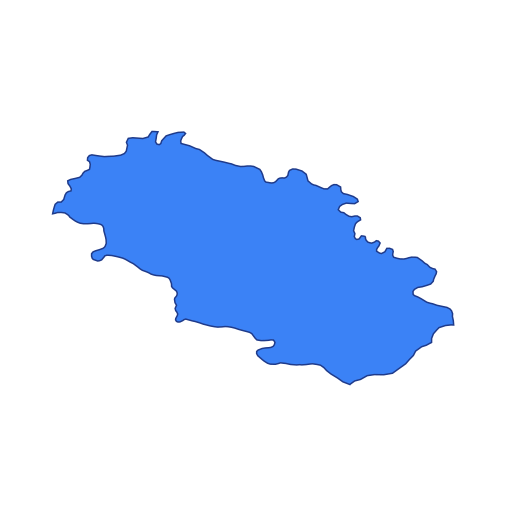 the district of Maladzyechna, Minsk, Belarus, rotated 192°
{"feature_id": "67162791B22380901430791", "entity_name": "Maladzyechna", "entity_type": "district", "adm_level": 2, "iso_a3": "BLR", "parent_name": "Belarus", "parent_adm1": "Minsk", "projection": "equal_earth", "projection_center": [26.93, 54.243], "detail": "fine", "context": "isolated", "style": "filled", "palette": "blue", "viewbox_px": 512, "rotation_deg": 192, "n_neighbors": 0, "source": "geoboundaries", "source_scale": "gbopen_adm2", "svg_char_len": 4992}
<svg xmlns="http://www.w3.org/2000/svg" viewBox="0 0 512 512"><g transform="rotate(192 256 256)"><path d="M48.3,229.6L49.6,233.9L51.3,237.7L51.7,240.4L53.3,243.0L55.2,244.5L58.5,245.4L63.5,245.4L68.7,245.4L73.3,246.0L75.8,246.0L79.3,246.3L83.5,247.8L85.8,248.6L89.3,249.6L92.8,250.2L94.3,251.1L95.1,254.0L94.1,256.3L91.2,258.9L87.0,260.5L82.8,262.8L79.3,264.9L77.4,268.1L77.4,270.2L76.7,273.8L76.1,276.0L76.1,278.2L78.2,280.4L80.5,280.4L83.6,281.1L86.7,283.2L89.4,284.0L92.5,285.8L97.9,288.1L100.0,287.9L103.6,287.2L106.1,286.1L108.2,284.9L110.7,283.8L114.4,283.1L117.5,283.1L121.1,283.4L122.5,285.2L122.7,286.9L122.7,288.9L123.8,290.8L126.9,291.3L129.6,290.7L130.4,288.2L130.8,286.9L133.8,284.5L135.6,284.5L139.0,285.7L139.4,287.6L138.8,289.5L137.9,291.4L137.3,294.5L139.4,296.0L141.5,296.0L142.9,294.3L145.6,292.6L147.1,292.6L149.4,292.8L151.5,294.3L152.5,295.8L152.9,297.2L153.5,297.8L155.4,297.8L157.1,297.6L158.1,295.4L158.9,293.9L161.0,293.1L162.5,293.7L163.9,295.4L163.9,298.4L165.8,301.0L165.8,304.9L165.4,308.1L164.5,309.8L163.3,311.2L161.2,313.1L162.0,315.1L165.2,316.2L167.5,315.7L170.6,314.3L173.3,314.2L176.8,315.4L179.1,316.6L182.2,316.5L185.2,318.4L184.5,321.9L182.2,324.4L178.7,326.5L174.1,327.1L170.4,327.7L167.4,330.5L168.7,332.7L173.1,334.4L179.5,335.2L183.5,335.2L185.8,336.5L186.8,338.4L187.6,341.1L192.0,342.5L194.7,342.0L196.8,340.5L198.3,338.7L199.9,336.5L203.5,335.8L205.8,336.2L212.0,337.5L214.3,337.5L216.8,338.1L220.8,340.3L222.2,343.1L223.9,346.4L228.7,348.7L234.9,349.3L238.3,348.7L241.0,346.7L241.6,344.8L241.6,341.3L242.7,339.4L244.5,338.1L246.5,337.9L248.7,337.2L250.2,336.2L251.1,334.7L252.3,332.8L253.7,331.5L255.7,330.7L257.5,330.5L259.4,330.5L261.5,330.3L263.1,331.2L265.0,334.1L266.3,336.7L268.3,339.6L270.3,341.5L276.8,343.1L280.0,342.9L283.3,342.2L286.2,341.2L289.8,340.3L295.0,340.3L299.2,341.0L301.5,341.0L307.0,341.2L310.0,341.2L315.5,341.2L318.4,341.5L324.6,344.3L327.9,346.2L333.4,348.4L337.3,348.6L343.9,350.0L349.4,350.3L352.7,350.5L353.6,352.9L353.3,355.0L352.7,357.6L351.4,359.1L350.4,361.2L352.3,362.2L357.9,360.7L361.8,358.8L365.7,356.7L368.9,354.8L372.2,349.1L372.5,346.2L373.8,344.8L376.1,344.8L378.0,346.7L378.1,350.3L378.4,353.8L377.7,357.1L380.7,356.7L383.6,356.2L385.2,352.9L386.2,350.0L391.1,347.4L396.3,346.7L401.2,346.0L405.4,344.5L406.4,340.3L404.7,337.7L404.7,334.1L404.7,331.5L406.0,328.9L409.3,326.5L415.8,324.1L421.3,322.7L424.9,321.7L429.1,321.3L433.7,321.0L437.6,320.8L439.9,319.6L441.1,317.2L440.8,314.6L438.5,313.7L437.2,311.3L436.9,308.2L436.9,306.1L439.2,304.4L441.1,303.2L442.4,301.1L443.1,298.8L444.8,296.3L449.1,294.2L453.3,292.3L455.8,290.4L454.9,287.7L452.4,285.5L450.6,283.2L450.5,281.2L453.0,280.0L454.6,278.4L455.4,276.1L455.7,272.8L455.8,271.3L457.8,268.2L461.1,267.5L463.2,264.8L463.5,261.9L463.7,258.7L463.7,255.0L461.5,256.0L459.1,257.3L455.5,258.1L451.9,258.4L449.1,257.4L447.5,256.6L446.3,255.4L442.6,253.7L440.2,252.7L437.8,252.0L434.8,251.5L431.5,251.7L427.6,252.5L424.4,253.4L422.0,254.2L420.3,254.5L417.8,254.7L415.5,254.7L413.5,254.4L411.8,253.2L410.6,251.2L410.0,248.9L408.4,245.8L407.0,243.1L406.0,240.7L405.4,238.3L405.1,237.3L405.6,234.1L406.1,233.0L407.2,231.7L410.5,229.6L413.7,227.9L416.2,226.2L417.3,224.1L416.8,221.6L415.7,219.7L414.5,218.8L409.8,218.2L408.0,218.9L406.2,220.1L405.3,221.8L404.4,223.4L404.0,224.6L402.0,225.8L400.1,226.1L397.1,226.5L391.8,226.5L389.1,226.4L385.8,226.2L383.0,225.6L380.2,224.7L377.8,223.9L374.4,223.0L372.0,221.9L369.4,220.7L366.7,219.3L364.3,218.4L361.4,218.0L358.9,217.6L356.7,217.1L355.0,216.5L352.1,216.2L349.5,216.2L346.5,216.6L343.9,217.0L340.5,216.9L338.1,216.8L336.3,216.1L335.0,214.7L333.8,212.8L332.9,211.3L332.2,208.6L330.9,207.4L328.6,206.2L326.5,205.1L325.6,203.8L325.2,202.6L325.2,201.5L325.4,200.4L326.7,197.9L326.7,196.6L325.5,193.5L323.5,191.3L324.2,187.9L323.1,185.7L322.2,185.2L320.5,183.0L320.6,181.4L321.5,178.2L321.4,176.8L320.2,175.5L318.6,175.2L316.7,175.7L314.2,177.6L313.3,178.7L311.6,179.7L308.2,179.5L304.9,179.3L302.0,179.3L297.1,178.9L293.5,178.4L290.9,178.3L286.4,178.1L282.2,178.2L278.7,178.5L274.6,179.6L271.5,180.6L269.0,181.0L265.5,181.2L261.9,181.1L257.5,180.6L254.1,180.4L249.8,180.2L246.4,180.0L244.0,179.2L239.7,175.4L237.7,174.1L233.5,174.3L230.3,175.0L226.4,176.1L223.8,177.1L221.4,177.4L219.5,175.5L219.6,173.1L220.3,171.3L222.2,169.8L224.2,169.0L227.7,168.0L230.8,166.8L234.4,164.4L235.5,162.8L235.1,160.7L233.5,158.8L228.6,156.1L226.2,154.9L222.4,153.5L219.6,153.2L214.6,154.1L211.9,155.4L209.8,156.6L206.3,156.9L204.6,157.1L199.5,157.1L193.6,157.9L190.7,158.8L188.7,159.0L184.5,160.2L180.6,161.6L178.3,162.3L173.8,162.6L170.2,162.6L166.3,160.9L163.1,158.6L158.2,156.2L150.8,153.6L144.9,151.0L137.4,149.8L137.3,150.1L133.5,154.3L128.1,157.0L122.3,162.1L115.6,164.6L106.4,166.4L98.1,169.7L93.5,174.8L87.2,181.7L84.3,186.9L81.4,191.4L80.1,196.2L75.1,201.7L70.9,204.1L66.3,208.0L67.1,211.9L66.3,216.8L63.8,221.3L62.1,224.0L56.2,227.4L50.8,229.2L48.3,229.6Z" fill="#3b82f6" stroke="#1e3a8a" stroke-width="1.5"/></g></svg>